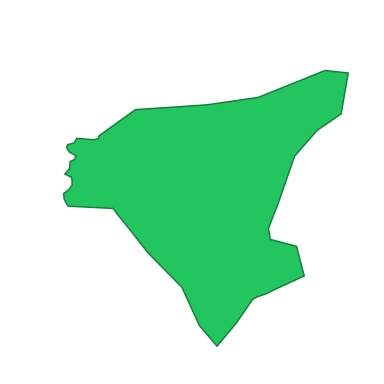 São Julião, Piauí, Brazil, rotated 281°
{"feature_id": "56859067B17966714398568", "entity_name": "São Julião", "entity_type": "district", "adm_level": 2, "iso_a3": "BRA", "parent_name": "Brazil", "parent_adm1": "Piauí", "projection": "equal_earth", "projection_center": [-40.828, -7.071], "detail": "fine", "context": "isolated", "style": "filled", "palette": "green", "viewbox_px": 384, "rotation_deg": 281, "n_neighbors": 0, "source": "geoboundaries", "source_scale": "gbopen_adm2", "svg_char_len": 886}
<svg xmlns="http://www.w3.org/2000/svg" viewBox="0 0 384 384"><g transform="rotate(281 192 192)"><path d="M45.4,246.0L67.6,258.2L71.4,260.3L98.3,272.1L101.2,275.6L103.5,279.4L106.4,284.5L112.3,292.1L131.0,318.2L158.6,305.0L160.4,277.8L164.2,276.7L170.7,274.0L187.3,276.9L194.8,278.4L241.9,285.2L246.7,285.9L255.9,291.2L276.3,303.1L297.2,323.5L332.4,322.8L338.6,322.7L336.7,299.5L328.2,286.2L322.6,277.8L319.9,273.5L297.4,238.7L280.4,189.8L271.5,156.6L267.6,141.7L262.1,120.8L229.7,90.2L226.5,89.6L224.5,85.6L222.7,68.8L217.6,66.8L214.7,60.8L211.4,60.5L207.7,64.2L205.5,71.1L201.5,70.6L198.7,66.5L191.7,67.4L185.4,63.7L183.3,71.1L180.3,72.1L175.9,72.9L171.1,70.9L165.9,66.2L160.3,68.1L154.5,73.0L156.7,88.9L160.8,117.6L155.3,123.7L139.9,142.0L124.3,159.8L113.1,176.2L110.5,179.9L96.4,200.4L81.8,210.8L62.2,224.8L45.4,246.0Z" fill="#22c55e" stroke="#15803d" stroke-width="1.5"/></g></svg>